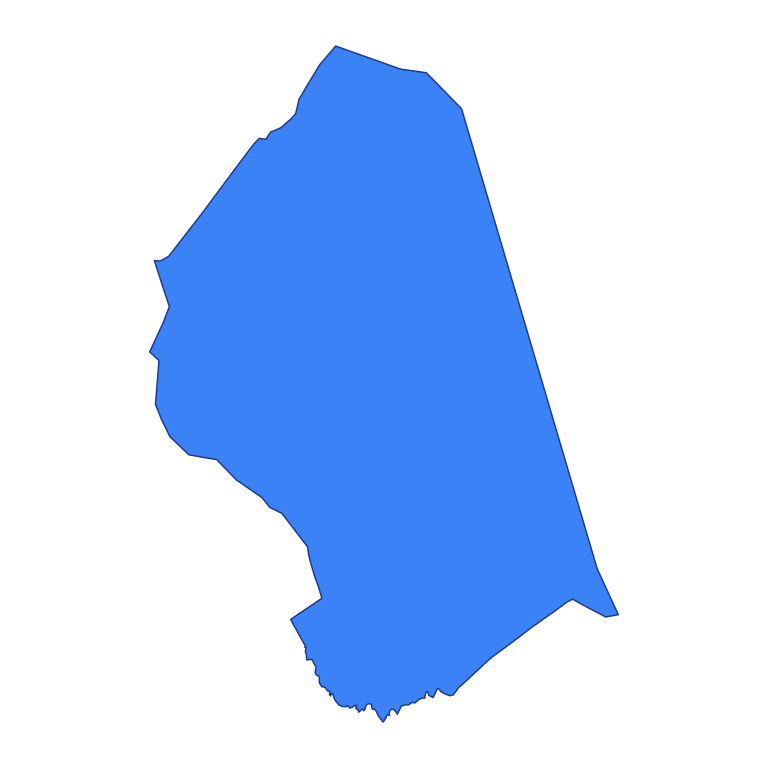 the district of Santa Cruz Nundaco, Oaxaca, Mexico
{"feature_id": "50627088B37986701156918", "entity_name": "Santa Cruz Nundaco", "entity_type": "district", "adm_level": 2, "iso_a3": "MEX", "parent_name": "Mexico", "parent_adm1": "Oaxaca", "projection": "equal_earth", "projection_center": [-97.721, 17.155], "detail": "fine", "context": "isolated", "style": "filled", "palette": "blue", "viewbox_px": 768, "rotation_deg": 0, "n_neighbors": 0, "source": "geoboundaries", "source_scale": "gbopen_adm2", "svg_char_len": 2176}
<svg xmlns="http://www.w3.org/2000/svg" viewBox="0 0 768 768"><path d="M618.3,614.7L597.1,568.5L537.0,364.6L502.9,249.1L461.5,108.7L426.4,72.8L400.5,69.1L335.6,46.1L319.6,64.9L317.6,68.3L305.4,88.3L301.8,94.8L299.1,99.1L295.7,113.6L291.1,118.8L280.8,127.8L270.6,132.1L265.9,139.3L259.2,138.4L253.8,144.0L238.8,163.9L214.8,196.1L202.2,213.1L168.6,256.4L162.8,259.6L160.2,260.9L154.4,260.7L162.9,287.0L169.4,306.6L163.1,322.9L149.7,351.9L159.0,360.6L155.5,404.4L161.3,419.0L169.9,436.7L188.9,454.8L202.2,457.2L216.7,459.6L236.3,479.9L262.0,497.6L270.0,507.6L281.8,513.3L307.6,546.9L308.5,553.7L310.1,560.9L314.6,576.2L318.5,586.9L321.9,598.3L314.0,603.6L298.2,614.3L290.7,619.5L305.4,646.2L304.9,647.1L306.2,647.9L305.3,651.6L306.2,653.8L306.8,659.8L311.0,659.5L312.0,659.6L314.8,665.0L316.0,666.8L315.9,668.8L315.4,670.9L315.2,672.7L316.2,674.8L319.3,676.6L319.3,682.8L320.4,684.5L321.8,686.8L323.5,686.8L325.3,687.6L327.5,691.0L329.3,691.3L330.0,692.1L329.4,694.6L330.6,695.7L331.2,693.9L332.8,693.6L334.0,698.0L335.9,701.4L338.9,704.9L342.4,706.5L346.3,706.7L347.5,705.5L349.9,708.0L352.4,707.3L354.6,705.5L356.6,705.3L355.9,707.0L356.1,708.8L357.9,709.6L358.8,712.0L362.5,709.0L363.9,710.7L365.1,709.0L365.7,706.4L366.6,704.9L368.6,703.6L371.4,704.2L371.8,707.9L372.8,709.4L373.8,709.1L374.9,709.2L376.6,712.0L378.5,716.5L379.6,717.1L380.3,718.9L381.6,719.5L382.1,721.3L383.2,721.9L384.4,720.6L384.9,719.1L386.1,718.1L386.2,717.1L386.5,715.7L387.3,715.2L388.6,714.9L389.5,715.2L389.2,713.9L389.4,712.6L389.7,711.4L390.1,710.2L392.0,709.2L393.6,709.3L394.9,710.8L395.3,710.7L396.0,712.2L397.2,714.1L398.8,711.6L399.5,709.7L401.4,705.9L403.4,705.5L404.8,704.8L408.5,704.9L410.8,703.2L412.6,702.3L414.8,703.0L417.2,701.0L418.7,699.7L421.6,698.2L424.7,698.0L425.3,694.3L426.4,691.9L427.8,692.0L428.9,695.4L433.2,697.5L437.3,688.8L438.8,688.9L441.1,691.8L445.0,693.9L447.7,694.9L449.8,695.7L452.8,694.9L453.2,695.0L458.6,687.6L463.6,683.3L472.1,675.4L488.6,660.0L491.8,657.3L512.5,642.0L531.1,627.8L550.7,613.9L551.2,613.6L552.6,612.7L567.2,601.9L572.6,599.2L582.1,604.5L589.5,608.5L598.6,613.1L605.6,617.0L618.3,614.7Z" fill="#3b82f6" stroke="#1e3a8a" stroke-width="1.5"/></svg>